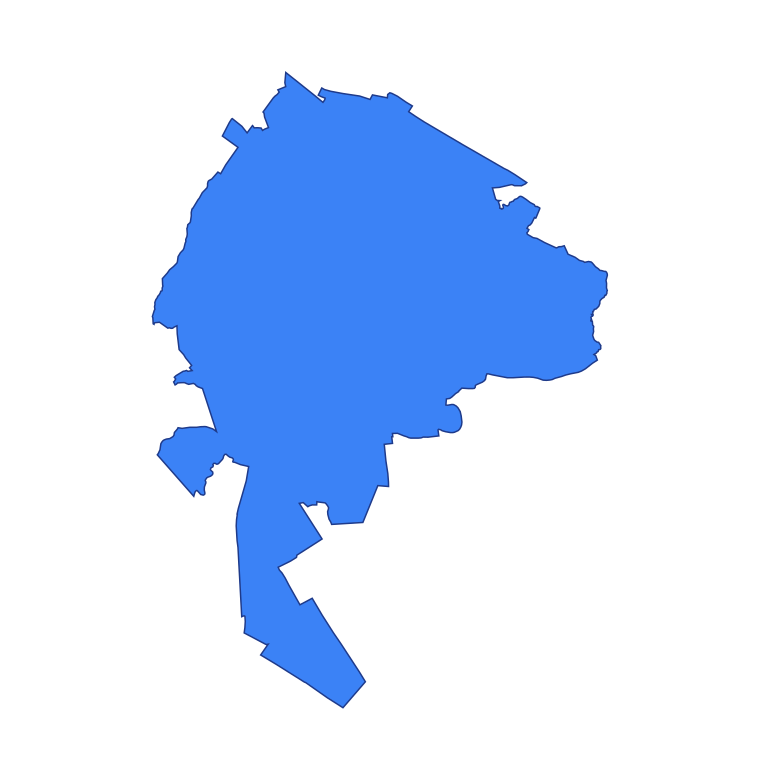 Bals, Olt, Romania (orthographic projection), rotated 85°
{"feature_id": "2599482B96753080238477", "entity_name": "Bals", "entity_type": "district", "adm_level": 2, "iso_a3": "ROU", "parent_name": "Romania", "parent_adm1": "Olt", "projection": "orthographic", "projection_center": [24.107, 44.36], "detail": "fine", "context": "isolated", "style": "filled", "palette": "blue", "viewbox_px": 768, "rotation_deg": 85, "n_neighbors": 0, "source": "geoboundaries", "source_scale": "gbopen_adm2", "svg_char_len": 6144}
<svg xmlns="http://www.w3.org/2000/svg" viewBox="0 0 768 768"><g transform="rotate(85 384 384)"><path d="M192.4,559.6L193.5,560.2L196.4,561.1L199.7,561.3L205.4,562.7L206.3,563.1L208.2,565.6L210.8,566.2L211.8,566.8L217.4,566.9L220.0,567.5L222.7,568.9L225.0,569.0L226.1,569.7L231.4,571.5L232.9,572.4L235.4,575.3L239.1,578.0L244.3,579.2L245.5,579.8L248.8,583.7L251.5,587.6L254.6,590.2L259.7,595.6L266.2,595.9L267.1,595.7L269.0,596.6L271.4,596.8L271.9,597.2L272.2,598.4L273.3,598.7L275.4,600.1L277.1,601.9L277.9,602.1L280.2,604.0L282.9,605.2L284.8,605.2L287.1,605.9L289.6,605.7L290.8,606.5L296.7,608.9L297.7,608.5L303.9,608.7L304.5,607.9L303.4,607.6L303.0,607.0L302.9,602.3L309.5,594.5L309.3,592.9L310.0,591.2L310.0,589.7L308.9,587.9L308.0,585.2L316.1,585.6L331.9,585.1L337.3,581.0L340.8,579.3L348.7,574.0L350.9,576.3L353.9,574.0L354.3,578.3L353.3,579.5L353.8,581.7L353.8,582.9L357.5,590.4L359.0,592.3L360.8,591.1L362.9,592.5L363.6,593.4L366.7,592.2L366.0,590.7L365.0,589.6L365.0,586.2L365.2,583.1L365.6,581.8L366.2,581.0L367.3,578.6L366.8,573.8L367.9,572.1L369.3,571.2L370.7,569.4L372.7,565.2L416.8,555.0L413.8,558.5L411.1,564.7L410.8,566.1L410.6,570.3L410.8,574.6L410.2,581.2L410.6,589.0L409.6,593.0L411.0,593.9L414.0,597.0L416.7,597.7L418.0,598.8L419.7,602.2L419.9,605.6L420.5,607.8L421.1,609.0L422.6,610.5L424.1,611.5L430.0,612.9L433.5,614.9L434.8,616.0L479.3,583.3L475.9,582.0L474.7,581.3L473.8,580.2L473.8,579.6L474.1,579.2L478.1,576.2L478.9,573.9L478.9,573.4L478.3,572.3L477.1,571.9L474.0,572.3L470.9,571.9L467.1,570.1L466.0,570.0L464.7,570.5L464.0,570.3L462.1,568.8L461.5,567.7L460.7,564.7L459.4,562.8L458.4,562.3L456.8,562.3L454.8,564.1L454.1,564.4L452.5,563.7L451.6,561.7L450.5,561.2L449.2,561.5L448.2,560.4L448.4,558.9L449.2,558.0L449.3,557.0L448.9,555.8L445.1,551.6L444.0,550.8L441.7,550.0L440.3,548.8L440.2,547.4L442.3,545.4L443.5,543.9L444.4,541.6L445.1,540.9L446.4,540.6L447.9,541.4L448.6,541.2L449.1,539.3L451.8,534.0L454.4,526.0L468.6,529.7L495.1,539.9L500.7,541.7L500.8,541.4L506.1,542.7L512.5,543.6L527.2,544.0L534.0,543.7L603.4,546.0L602.8,544.1L602.9,543.1L603.3,542.8L608.5,542.9L614.5,543.8L619.8,545.0L632.9,524.7L633.3,523.9L633.1,522.1L643.2,530.5L653.6,516.2L674.1,489.2L674.5,488.2L691.8,467.6L702.9,453.1L679.0,428.5L668.8,433.6L639.3,449.4L627.4,456.1L609.0,465.7L591.2,474.2L596.6,487.0L576.1,496.3L568.6,499.4L563.3,502.1L560.3,504.4L557.3,505.4L552.2,492.4L549.1,486.3L546.9,485.7L533.0,459.2L495.5,478.8L495.1,474.8L499.6,470.6L498.8,468.9L498.2,466.0L498.6,461.6L495.4,461.1L495.8,459.8L497.2,453.4L497.6,452.6L500.4,450.8L502.3,450.0L503.8,450.3L506.2,451.3L509.3,451.3L513.9,450.5L517.1,449.0L519.3,448.4L520.1,417.1L484.7,399.0L486.5,388.4L482.1,388.1L473.5,388.0L460.8,388.8L444.1,389.0L443.9,380.7L437.3,380.9L437.3,379.8L434.0,379.9L434.3,374.8L437.4,368.7L438.5,366.0L439.6,364.1L440.2,362.2L440.9,354.3L440.9,351.8L440.3,349.4L440.8,344.8L440.5,333.9L434.5,334.2L433.9,333.6L434.5,331.6L435.6,330.2L436.9,326.8L438.2,322.0L438.4,319.6L438.2,318.0L436.9,314.2L435.6,312.6L433.7,311.3L431.6,310.3L428.7,309.7L422.5,309.9L418.1,310.5L414.1,312.4L412.2,314.0L410.6,316.4L410.3,318.1L410.7,322.6L410.3,324.2L404.3,323.1L404.1,319.8L402.9,317.6L399.7,313.4L398.1,310.3L397.6,310.2L394.9,306.8L395.9,300.4L396.3,296.0L396.2,294.3L395.2,293.4L393.5,293.1L392.8,292.0L390.7,285.8L389.2,283.3L388.6,283.2L388.2,282.5L384.8,281.6L382.8,280.5L383.0,279.1L384.4,275.0L388.5,260.6L389.0,254.8L389.3,243.9L389.7,238.7L390.4,234.6L391.6,230.4L394.0,225.2L394.5,221.9L394.5,218.5L394.2,215.9L393.2,213.2L392.0,206.5L390.9,202.2L390.1,197.2L389.3,189.5L388.3,186.1L386.4,182.0L381.5,174.5L378.8,169.4L374.3,170.6L372.9,172.3L371.6,169.6L370.5,168.9L370.3,167.9L368.5,167.2L368.5,166.1L368.1,165.3L367.3,164.9L365.9,165.0L364.8,164.6L361.4,166.4L361.1,166.7L360.8,168.1L359.0,170.2L357.8,170.9L354.7,171.7L353.6,171.9L350.0,170.6L347.2,170.6L345.2,170.1L344.6,170.2L343.5,171.0L339.5,171.0L339.3,171.3L339.5,172.2L338.9,172.5L338.4,172.4L337.9,171.6L335.6,172.1L334.8,171.3L334.6,170.4L334.0,169.9L333.7,170.0L333.4,170.8L332.9,171.1L333.0,169.7L331.5,170.0L330.9,169.6L330.0,169.7L329.5,168.8L328.0,168.0L327.7,166.1L325.3,163.3L322.7,162.0L320.7,161.8L319.6,161.3L317.8,159.3L316.8,157.2L315.1,156.4L314.8,156.0L315.1,155.5L315.0,155.3L313.1,154.1L311.2,153.9L310.5,153.4L307.8,154.0L303.1,153.5L300.2,153.8L295.1,152.0L293.8,152.0L292.2,152.5L291.2,153.3L291.0,154.7L290.0,157.3L289.6,159.1L288.0,160.3L285.6,163.1L281.5,166.0L280.5,167.0L279.8,169.6L280.3,173.5L279.3,174.7L277.9,178.5L274.4,182.6L270.8,189.3L262.0,192.4L262.6,195.3L262.5,197.8L263.4,200.0L263.3,200.8L257.1,211.7L252.3,218.9L251.2,222.7L247.4,228.1L245.8,228.5L244.6,227.2L242.8,226.2L241.4,228.0L238.9,226.3L238.3,224.6L236.6,222.8L231.3,219.6L232.0,218.5L231.9,218.2L222.9,213.5L222.2,213.5L220.5,216.0L220.4,217.4L220.0,218.0L218.4,218.7L216.0,222.5L212.6,226.2L209.8,229.7L209.1,231.0L208.9,232.0L209.2,232.9L210.8,235.0L211.6,237.9L213.2,239.4L213.3,240.4L213.9,241.7L213.9,242.6L214.9,243.4L216.3,243.8L217.4,245.3L217.0,246.9L215.5,249.0L215.6,249.8L216.4,250.1L217.7,249.7L219.0,249.8L219.7,250.4L220.0,251.6L219.2,252.1L219.3,252.8L218.9,253.4L217.0,253.1L212.2,254.2L211.4,252.5L211.0,255.2L209.7,256.7L198.1,258.9L198.2,251.9L196.5,239.9L196.7,238.7L197.8,236.8L198.5,229.7L196.9,225.6L195.8,224.2L186.8,235.4L181.9,242.0L179.7,245.7L152.3,284.9L126.3,321.3L120.2,329.2L114.9,335.7L109.5,331.5L105.2,337.4L98.5,345.5L95.2,350.8L94.4,352.8L95.9,355.1L99.2,355.7L95.0,370.3L99.3,373.1L95.0,383.2L91.1,399.5L87.8,411.4L85.5,417.6L83.7,420.2L90.5,424.3L92.1,421.8L94.1,417.7L95.8,418.3L98.1,420.3L90.4,428.1L65.1,454.7L75.2,456.5L79.2,456.0L81.7,464.1L84.1,463.0L86.3,465.2L87.8,467.6L89.4,469.4L102.5,480.8L103.8,479.9L107.7,479.7L118.5,476.7L119.7,480.7L120.8,482.9L118.3,484.1L117.7,487.5L117.5,491.0L115.8,491.9L115.1,492.5L121.9,498.5L114.9,503.1L106.4,512.0L106.8,512.8L110.1,515.3L122.9,523.4L135.5,508.8L151.9,522.6L160.3,528.4L158.4,531.0L164.8,537.7L166.0,540.5L166.8,541.5L169.0,542.3L171.3,542.5L173.1,543.2L177.5,548.3L182.8,551.8L184.1,553.1L192.3,559.1L192.4,559.6Z" fill="#3b82f6" stroke="#1e3a8a" stroke-width="1.5"/></g></svg>